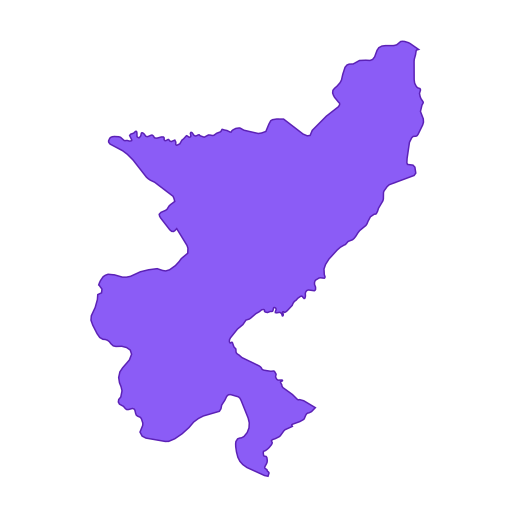 Arbil, orthographic projection, rotated 182°
{"feature_id": "IRQ-3050", "entity_name": "Arbil", "entity_type": "Province", "adm_level": 1, "iso_a3": "IRQ", "parent_name": "Iraq", "parent_adm1": "", "projection": "orthographic", "projection_center": [44.221, 36.37], "detail": "fine", "context": "isolated", "style": "filled", "palette": "violet", "viewbox_px": 512, "rotation_deg": 182, "n_neighbors": 0, "source": "natural_earth", "source_scale": "10m", "svg_char_len": 6047}
<svg xmlns="http://www.w3.org/2000/svg" viewBox="0 0 512 512"><g transform="rotate(182 256 256)"><path d="M236.3,36.3L239.8,36.9L257.7,44.3L261.9,47.1L264.9,50.2L267.1,54.2L268.7,59.6L269.6,64.7L269.8,67.6L269.6,69.9L268.0,72.6L266.2,73.4L264.1,73.8L261.7,75.2L258.6,79.3L257.0,84.0L256.9,89.0L258.2,93.8L265.7,110.8L267.0,113.2L268.6,114.6L276.4,116.6L278.7,116.4L280.4,114.7L282.1,110.8L285.1,105.8L285.7,102.1L287.2,99.5L303.0,94.3L307.9,91.6L312.5,87.9L317.0,82.2L323.6,75.8L330.8,70.5L336.8,67.7L340.2,67.5L359.7,70.2L363.5,72.0L365.8,76.0L363.3,82.8L363.3,85.1L364.8,89.2L365.9,90.7L368.7,91.8L370.0,92.7L370.7,94.2L371.7,97.8L372.6,98.9L374.3,99.3L378.0,98.1L379.8,98.0L381.1,98.8L383.2,101.1L387.3,103.2L388.5,105.3L388.2,107.8L386.2,110.4L385.2,116.6L386.3,120.7L388.0,124.5L389.0,129.8L388.0,135.4L385.4,139.6L378.9,147.7L376.9,153.5L378.4,157.6L382.1,160.0L387.0,161.1L392.8,160.7L395.5,161.2L397.9,163.2L399.6,165.3L401.5,166.6L403.7,167.3L406.1,167.4L409.3,169.1L412.1,172.8L416.7,181.1L418.7,186.1L418.5,190.5L414.9,199.0L413.0,206.9L412.8,211.9L409.1,213.8L408.8,217.5L411.5,221.0L412.2,221.6L411.5,223.8L410.5,226.1L408.0,230.0L405.9,231.5L403.2,232.6L396.7,232.2L388.7,230.2L384.9,230.3L380.7,231.3L371.0,236.2L362.8,238.5L354.3,239.9L348.9,238.3L345.8,237.9L341.9,239.2L336.2,243.6L332.6,247.8L330.5,250.9L324.3,256.4L324.3,261.4L325.3,264.1L336.2,280.6L338.0,278.5L339.3,277.6L341.2,277.7L343.1,279.2L352.6,290.6L353.7,292.4L354.2,294.3L352.5,296.3L348.1,298.4L346.6,299.5L344.6,303.0L343.2,304.4L339.1,307.7L340.0,310.7L341.0,312.8L359.9,326.2L364.3,328.1L366.5,329.5L368.3,331.0L382.2,347.6L388.2,353.2L392.9,356.5L405.8,362.8L407.0,364.3L407.3,364.9L407.3,366.1L406.2,368.7L405.0,369.7L403.7,370.2L401.7,370.5L397.3,370.4L395.5,369.9L391.8,366.8L390.9,366.7L388.9,367.0L386.4,366.4L384.9,366.7L384.3,367.0L384.2,367.6L386.5,372.0L385.5,373.4L382.6,374.5L380.8,376.3L380.2,376.5L379.7,376.2L379.3,374.9L379.1,371.4L378.8,370.8L377.5,370.1L376.9,370.1L375.6,371.6L375.3,372.4L374.9,374.7L374.4,375.2L373.5,375.1L371.9,373.9L370.4,371.9L369.6,371.6L368.4,371.5L364.7,373.2L363.7,373.1L362.6,372.2L361.6,370.6L360.6,370.4L359.2,370.3L354.7,371.7L352.6,371.7L351.9,370.8L351.9,369.0L351.0,368.1L350.2,368.1L348.1,369.3L347.4,369.4L346.1,367.9L344.7,367.4L341.2,369.0L340.1,367.0L340.1,364.8L339.5,364.0L338.9,363.9L336.0,365.5L334.1,369.2L332.5,370.5L329.7,373.8L328.9,373.6L326.9,372.3L326.2,372.5L325.5,373.0L325.3,373.8L325.9,376.1L325.5,377.2L324.8,377.3L324.1,376.9L322.1,374.3L320.7,373.8L319.6,374.1L318.0,375.0L317.1,375.2L316.0,374.2L311.9,372.9L307.8,375.3L306.2,375.3L303.8,374.9L302.4,375.1L299.6,377.3L296.0,378.8L295.4,379.3L294.4,381.3L293.9,381.4L292.4,380.9L289.4,380.4L286.0,378.9L285.3,378.9L284.4,380.4L283.3,381.3L280.6,382.8L277.2,383.4L276.1,383.2L272.5,381.3L258.0,378.5L254.8,379.1L250.5,380.8L247.7,388.3L246.0,391.7L244.3,392.8L240.2,393.6L233.2,393.8L213.2,379.5L209.0,377.9L206.1,378.4L204.2,383.5L190.5,398.3L178.8,408.1L177.7,410.1L177.8,411.6L179.0,412.7L183.1,417.4L184.3,419.5L185.1,421.6L184.9,424.3L183.3,426.4L180.9,428.6L178.0,432.2L176.7,434.9L175.6,440.7L173.6,447.7L171.7,450.1L169.6,451.0L165.6,451.3L159.4,455.0L153.1,455.5L148.9,455.4L146.3,456.5L144.4,459.1L142.2,465.8L140.5,468.5L137.5,470.2L133.8,470.8L125.6,471.1L122.7,472.0L118.9,475.4L117.0,475.7L115.0,475.6L111.0,474.5L109.2,473.6L100.7,468.1L102.6,467.5L103.1,466.8L103.6,462.7L104.7,458.1L104.8,456.0L104.1,437.8L103.5,434.3L102.0,431.5L100.9,430.2L99.9,429.6L98.1,429.1L97.6,428.5L97.4,427.6L98.3,424.2L97.6,421.3L96.7,419.1L94.4,415.9L94.2,415.0L95.4,412.6L96.7,406.2L93.6,398.9L93.3,395.6L94.0,392.8L98.2,383.4L99.2,381.9L100.3,381.3L103.1,381.0L104.5,379.6L106.6,375.0L108.4,358.8L108.5,354.5L107.8,352.8L102.3,352.3L100.3,350.3L99.2,344.4L100.8,342.0L125.3,331.9L127.3,330.0L130.0,326.0L130.6,324.8L130.8,323.7L130.7,317.5L131.1,315.6L135.2,308.1L136.1,304.9L137.1,302.8L137.7,302.1L139.3,301.9L143.0,299.2L145.2,294.7L146.2,292.0L147.2,290.4L153.2,285.1L154.9,282.8L157.1,279.0L158.6,277.0L160.1,275.6L164.4,273.8L167.0,270.6L168.5,269.9L172.0,267.7L175.0,264.9L183.0,255.5L186.2,250.0L187.6,245.4L187.1,239.8L186.3,237.7L186.4,236.8L186.9,236.2L191.1,236.5L192.4,236.1L195.7,233.9L196.3,232.8L196.6,231.5L196.5,229.6L195.4,227.0L195.3,224.8L195.8,223.8L196.5,223.3L202.4,223.9L204.1,223.2L205.0,221.9L205.4,220.5L205.2,217.7L205.5,216.0L205.9,215.3L206.5,215.2L207.7,216.4L208.2,217.2L209.1,217.5L210.3,217.1L212.9,215.1L214.2,213.4L216.1,211.9L217.4,209.9L218.1,207.9L222.9,202.4L224.4,201.1L225.5,200.6L226.5,201.3L227.4,201.1L227.6,200.6L227.0,199.5L226.7,198.7L226.8,197.5L227.2,197.0L227.6,197.1L228.4,199.2L229.7,200.3L230.7,200.5L233.4,199.9L234.7,200.1L234.8,200.7L234.0,203.3L234.2,204.1L234.7,204.8L236.0,205.2L236.6,204.9L237.2,201.9L237.7,201.3L238.4,201.1L239.7,201.1L242.6,199.9L244.6,200.3L245.3,200.7L245.6,201.1L245.5,201.8L245.8,202.5L246.5,202.8L248.4,202.5L250.8,200.4L254.1,198.4L259.2,193.7L260.6,192.7L263.8,191.6L266.7,187.0L272.0,182.3L278.7,173.3L279.6,171.3L279.6,169.3L278.8,168.2L278.4,168.2L277.1,169.0L276.6,168.7L274.9,164.4L272.9,162.4L272.6,159.3L272.2,158.4L271.2,157.4L269.6,156.5L266.5,154.0L248.9,146.2L247.6,145.3L246.7,144.3L246.1,143.1L244.5,142.2L237.2,141.3L234.2,141.7L233.5,141.3L231.9,138.8L231.8,138.1L232.2,136.5L232.1,135.5L231.0,133.6L230.2,133.0L229.4,132.7L225.7,133.0L225.2,132.6L225.3,132.1L227.0,131.3L227.1,130.6L225.7,128.0L225.5,126.8L224.5,125.4L214.7,118.8L209.5,114.0L208.5,113.7L207.4,114.0L203.2,113.0L191.4,106.5L195.1,102.4L197.6,101.1L199.1,100.7L200.0,99.9L200.7,98.7L202.2,94.8L203.3,93.9L206.5,92.0L213.5,89.2L214.3,88.7L214.4,88.2L213.7,87.0L220.9,83.4L222.0,82.3L225.5,77.1L226.5,76.2L230.4,74.1L232.8,73.2L233.8,72.4L234.2,71.8L233.3,70.2L233.4,69.2L234.0,67.9L236.2,65.0L237.7,63.5L239.7,61.9L241.7,61.0L241.9,59.5L241.4,56.8L240.8,56.3L238.9,56.0L238.1,54.9L237.6,52.2L237.7,50.4L238.2,48.9L239.9,45.5L239.9,44.7L239.6,44.1L237.6,42.8L237.1,41.4L236.1,40.7L235.4,39.6L236.3,36.3Z" fill="#8b5cf6" stroke="#5b21b6" stroke-width="1.5"/></g></svg>